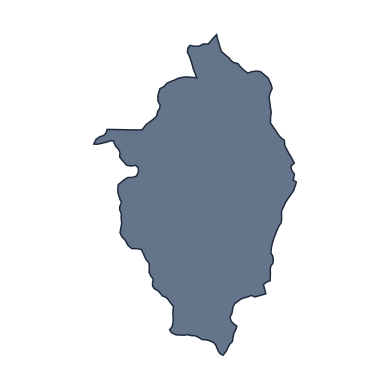 outline of Japoatã, Sergipe, Brazil, rotated 6°
{"feature_id": "56859067B54321289855838", "entity_name": "Japoatã", "entity_type": "district", "adm_level": 2, "iso_a3": "BRA", "parent_name": "Brazil", "parent_adm1": "Sergipe", "projection": "orthographic", "projection_center": [-36.794, -10.437], "detail": "fine", "context": "isolated", "style": "filled", "palette": "slate", "viewbox_px": 384, "rotation_deg": 6, "n_neighbors": 0, "source": "geoboundaries", "source_scale": "gbopen_adm2", "svg_char_len": 2703}
<svg xmlns="http://www.w3.org/2000/svg" viewBox="0 0 384 384"><g transform="rotate(6 192 192)"><path d="M213.6,335.8L217.4,337.7L221.5,337.5L225.7,338.3L229.1,339.5L231.6,341.6L233.1,344.6L234.8,347.5L236.8,349.8L239.9,351.1L242.6,347.0L244.2,342.3L245.4,339.5L247.8,336.4L248.0,332.3L248.4,328.2L249.8,324.8L250.6,320.7L247.4,318.8L244.5,316.5L242.9,312.6L244.3,309.0L244.6,305.7L244.7,302.1L246.1,298.7L249.1,295.9L251.7,293.5L254.8,291.9L258.6,290.4L261.7,288.6L265.5,289.8L270.8,287.7L276.1,285.5L274.4,281.1L272.7,276.4L275.9,273.6L279.0,272.1L278.7,267.7L278.4,264.0L277.9,260.6L278.1,257.5L280.1,253.9L279.8,250.0L278.8,247.0L276.8,244.2L276.8,239.0L277.2,235.3L277.7,232.0L278.7,227.8L280.3,222.1L281.8,217.2L283.9,213.2L284.0,209.5L283.0,202.0L286.1,192.6L288.0,188.8L293.0,179.9L294.2,174.3L294.7,171.1L291.4,169.6L292.0,163.7L288.6,159.5L287.7,156.0L290.7,152.5L288.5,149.2L286.4,146.1L284.3,143.5L281.8,139.7L279.5,136.4L279.0,133.4L278.1,130.6L275.3,129.2L272.9,127.1L262.8,115.1L262.3,109.4L262.5,104.5L261.2,99.9L260.0,94.6L258.8,90.5L259.2,85.6L260.9,80.6L259.6,77.1L258.0,74.4L255.7,70.6L251.1,67.5L247.6,65.1L244.4,64.9L241.4,65.4L238.4,66.3L235.0,67.9L231.4,65.7L227.4,62.8L224.3,59.5L220.2,59.0L217.2,57.4L215.2,55.1L211.7,52.8L206.5,49.1L204.8,45.3L203.2,41.3L201.3,36.8L200.0,32.9L197.0,36.7L195.1,39.8L192.5,43.2L187.7,43.6L183.9,46.2L179.0,46.8L174.6,46.4L173.0,49.0L172.7,53.3L174.9,56.7L176.7,60.3L179.2,66.2L180.7,70.1L182.5,73.4L184.8,77.8L179.5,78.0L174.1,78.1L169.7,79.2L166.2,80.4L163.0,82.5L160.2,83.8L155.7,86.4L153.2,90.0L149.4,92.6L148.5,96.4L148.1,99.8L148.6,105.1L151.2,108.9L151.2,112.0L149.5,115.4L148.8,120.5L145.6,124.0L139.2,129.9L136.0,135.2L132.9,135.8L125.9,136.5L101.0,138.6L100.4,142.3L98.1,145.1L94.6,146.6L91.0,149.7L89.3,154.6L92.8,154.4L98.6,152.5L102.7,151.0L105.6,149.6L108.5,149.4L110.0,152.3L111.7,154.9L114.4,157.2L116.2,160.0L116.4,164.7L119.1,167.6L121.4,169.6L124.1,172.2L128.6,172.6L133.1,171.4L136.0,173.6L136.6,177.7L135.0,182.0L131.5,183.6L126.7,184.3L123.5,186.7L120.9,189.3L117.9,192.3L117.8,195.7L118.5,200.7L120.7,205.8L123.0,210.0L121.7,213.8L121.8,216.9L123.9,220.9L124.2,225.0L125.4,230.9L124.9,235.8L124.7,240.0L126.8,243.7L130.7,247.0L133.9,251.8L137.9,254.6L143.3,254.1L147.7,254.5L149.7,257.8L151.6,261.1L153.3,264.0L156.6,267.1L157.5,271.7L157.7,276.1L159.9,280.0L162.6,282.8L162.2,285.8L162.6,289.6L164.6,292.1L167.4,293.2L170.0,295.0L173.4,298.4L177.0,299.5L179.4,301.2L182.1,304.4L185.5,307.9L185.5,311.6L185.7,315.5L186.4,318.5L186.8,323.6L186.3,328.1L184.1,331.5L186.4,334.1L191.3,335.8L195.5,335.4L198.8,335.4L202.0,334.4L206.8,334.9L209.8,334.6L213.6,335.8Z" fill="#64748b" stroke="#1e293b" stroke-width="1.5"/></g></svg>